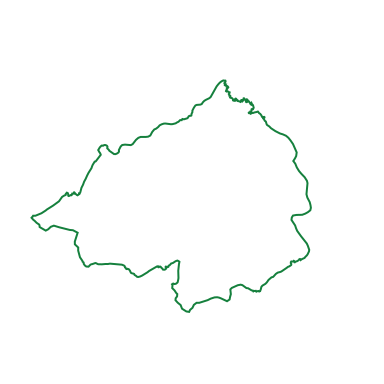 outline of Beng, Oudômxai, Laos, rotated 207°
{"feature_id": "54806243B47221121067222", "entity_name": "Beng", "entity_type": "district", "adm_level": 2, "iso_a3": "LAO", "parent_name": "Laos", "parent_adm1": "Oudômxai", "projection": "orthographic", "projection_center": [101.752, 20.343], "detail": "fine", "context": "isolated", "style": "outline", "palette": "green", "viewbox_px": 384, "rotation_deg": 207, "n_neighbors": 0, "source": "geoboundaries", "source_scale": "gbopen_adm2", "svg_char_len": 5982}
<svg xmlns="http://www.w3.org/2000/svg" viewBox="0 0 384 384"><g transform="rotate(207 192 192)"><path d="M306.3,123.3L309.6,116.8L313.3,110.6L314.0,109.0L316.5,104.7L320.8,99.7L322.8,98.7L322.8,97.4L323.2,96.8L323.3,96.2L320.8,95.2L319.2,94.9L316.5,94.0L313.4,93.6L312.8,93.1L311.8,91.6L304.8,91.2L303.2,93.5L302.0,96.9L299.8,99.3L294.2,100.3L283.7,102.7L280.7,103.9L275.4,103.8L273.9,94.6L272.6,92.2L268.2,90.9L266.8,88.1L262.2,83.0L258.4,80.9L257.8,80.2L256.6,80.0L255.8,78.8L254.1,77.9L252.4,77.6L250.3,78.5L249.5,81.1L248.9,81.9L248.2,82.4L245.9,84.8L245.2,85.0L243.2,85.0L242.4,85.2L239.4,86.7L236.7,88.4L234.3,89.6L232.6,90.9L221.5,95.4L219.3,95.6L218.2,95.3L217.5,94.4L217.0,94.5L215.7,93.6L215.3,93.6L214.9,93.8L214.6,94.3L213.3,94.5L211.7,93.8L209.8,92.3L208.3,92.3L207.6,92.6L206.7,92.7L206.3,92.7L205.5,92.0L203.8,91.9L202.5,91.5L201.4,91.8L199.9,93.1L198.5,94.9L195.2,100.3L194.4,102.1L189.4,109.8L188.7,110.3L188.4,109.8L187.8,109.7L187.4,109.9L186.7,111.1L185.9,111.1L184.7,110.5L183.8,110.4L182.8,109.7L182.4,109.7L181.0,110.4L180.2,112.1L180.4,112.7L181.5,113.2L181.4,113.7L180.0,113.9L179.2,114.4L179.1,114.7L179.4,115.2L179.3,115.9L178.7,116.6L178.2,118.4L178.2,118.7L176.7,120.2L175.5,122.4L174.7,123.5L173.8,124.3L172.5,124.3L171.5,124.1L170.9,121.9L168.5,115.6L165.0,109.2L164.4,107.4L163.8,104.9L164.5,103.2L165.0,102.7L165.7,102.1L166.5,101.9L166.9,102.0L167.3,101.8L167.9,100.7L167.1,100.2L166.0,97.4L162.9,96.4L160.3,94.9L158.8,94.4L157.9,92.2L158.3,89.9L157.6,88.1L154.5,86.9L150.8,86.1L147.9,83.5L142.8,83.0L140.1,83.9L140.2,86.1L139.0,89.0L139.1,92.3L137.6,95.4L135.2,96.6L128.9,102.8L126.9,105.5L124.1,108.3L121.7,109.7L119.8,110.2L117.7,110.4L111.2,110.6L109.7,113.3L110.4,115.6L111.0,118.6L113.6,122.6L113.0,124.6L108.9,129.7L106.6,131.5L104.8,131.9L99.9,131.1L98.3,131.7L94.3,131.4L93.1,131.7L92.3,131.3L92.0,132.0L91.3,132.2L90.3,132.9L89.6,132.4L89.4,132.4L88.9,133.2L87.7,134.0L87.3,133.8L87.0,133.8L86.3,134.6L86.6,136.9L87.1,138.9L86.9,140.0L86.6,140.8L84.9,143.5L84.3,145.4L83.9,148.4L82.4,152.1L81.3,153.0L81.0,153.7L80.1,157.1L79.0,159.1L77.2,160.7L76.3,161.7L73.3,167.2L72.5,168.9L71.7,169.7L70.8,171.3L70.5,172.0L70.8,172.9L71.7,173.5L72.1,174.4L72.0,175.2L71.6,175.4L70.9,175.6L70.3,176.1L70.1,176.9L69.8,176.9L68.8,175.9L68.5,176.0L68.1,177.0L67.1,177.9L66.2,179.3L65.9,180.0L65.8,180.9L65.2,180.9L64.9,181.4L64.6,181.4L64.2,180.9L63.5,182.2L61.8,184.3L61.6,185.5L60.9,187.6L60.7,188.9L60.8,192.2L61.3,193.7L64.3,196.6L66.3,198.2L74.8,202.1L80.6,205.1L82.8,206.9L84.9,209.0L90.7,212.3L91.5,214.6L91.3,216.9L88.5,219.0L83.5,221.7L81.3,224.1L79.6,226.6L78.3,229.4L78.9,231.9L80.4,234.0L82.5,236.4L86.7,239.4L89.0,242.0L93.1,252.3L94.6,254.1L98.3,256.3L102.9,257.9L106.2,259.3L109.8,261.5L112.8,264.1L115.8,265.6L115.5,268.9L115.5,271.3L116.7,274.8L123.8,280.6L127.9,282.8L130.8,284.1L133.8,284.8L137.3,284.6L140.1,284.1L145.3,284.1L150.6,284.7L152.9,285.5L155.5,285.8L156.2,286.2L158.2,288.3L159.5,288.5L161.6,290.0L162.1,289.9L162.2,290.1L161.5,290.6L161.2,291.2L161.4,291.6L161.8,291.7L163.3,290.7L163.9,290.8L164.8,291.7L166.7,292.6L168.0,292.7L169.7,293.6L170.2,293.3L170.6,292.7L172.4,291.3L173.4,290.2L174.3,289.7L175.3,288.3L176.1,288.5L177.1,288.1L177.4,288.3L177.3,288.8L176.6,289.2L176.4,289.6L176.6,290.1L175.8,290.6L175.7,291.0L176.5,292.7L176.2,293.2L175.4,293.2L175.2,293.4L175.3,295.1L177.0,297.0L178.7,297.7L179.3,298.2L179.3,297.8L178.6,296.9L178.6,296.7L179.0,296.7L180.0,297.0L180.4,297.3L180.6,297.9L180.8,298.0L181.6,298.0L182.0,298.2L182.4,298.6L182.9,298.6L183.2,298.5L183.9,297.0L184.4,296.7L185.0,296.9L185.3,297.5L185.2,298.5L184.8,298.8L184.1,298.7L183.9,299.0L184.6,299.4L185.3,299.5L186.6,298.2L188.1,299.1L188.5,298.9L188.0,296.6L188.2,296.0L188.6,296.5L189.2,296.7L189.7,296.4L189.9,296.0L189.6,295.4L189.5,294.6L189.7,294.2L191.0,294.3L192.5,293.8L192.9,293.9L193.0,294.4L193.2,294.5L193.7,294.3L194.8,295.0L195.3,295.1L195.6,295.0L196.1,293.5L195.9,293.3L195.0,293.3L194.8,293.1L195.1,292.7L196.7,292.2L197.1,292.3L197.7,293.2L198.2,293.6L199.1,293.8L200.7,293.4L201.0,293.5L201.0,294.3L201.3,294.9L201.7,295.1L202.5,294.8L202.8,295.5L203.7,296.0L203.5,297.4L203.7,297.9L204.7,297.7L205.7,297.9L206.0,297.9L206.7,297.2L207.5,297.3L207.7,298.2L207.5,299.6L208.0,300.0L208.2,300.4L207.3,301.0L207.2,301.3L207.2,301.8L207.9,302.2L208.6,302.4L209.9,302.0L211.3,302.1L211.4,302.4L210.9,302.9L210.8,303.3L211.7,303.2L212.4,303.4L212.6,303.8L212.2,305.0L212.3,305.8L212.8,306.4L213.0,306.4L214.3,305.6L214.8,305.6L216.0,303.9L216.9,302.0L217.5,299.8L218.0,297.3L218.5,285.1L219.2,283.4L221.4,280.5L222.4,278.9L223.0,277.0L223.3,274.7L224.3,273.6L227.4,271.7L228.2,270.7L228.4,269.7L228.6,267.7L228.6,264.7L227.9,263.3L227.9,261.5L227.3,259.9L227.6,259.4L228.7,258.8L229.3,258.0L229.4,256.2L229.7,255.5L232.2,253.1L233.7,252.7L233.8,251.3L235.2,250.7L235.9,248.5L237.0,247.1L237.7,245.8L240.2,243.6L241.6,242.8L246.9,240.9L248.2,240.1L249.8,238.5L251.1,236.7L251.6,234.6L252.7,232.2L254.0,230.6L254.7,227.5L254.8,223.4L256.2,221.4L258.3,220.0L262.8,217.7L264.4,215.9L265.6,213.0L266.6,207.7L267.8,206.0L273.2,203.8L275.5,202.2L276.2,200.2L276.2,197.8L276.2,196.2L275.4,194.8L275.5,193.7L276.4,192.1L277.4,191.0L278.7,190.4L284.3,191.2L285.5,191.9L287.3,192.4L287.6,192.9L287.7,193.7L288.1,194.2L288.9,194.6L290.0,194.6L290.8,194.4L291.6,193.9L292.1,193.0L292.5,192.7L293.3,192.6L293.8,191.9L294.4,189.9L294.6,186.8L292.7,185.5L291.8,185.1L290.5,184.1L290.2,183.7L291.6,176.0L291.8,175.4L292.5,174.9L292.8,171.1L292.7,169.6L292.4,167.6L292.9,162.1L292.9,159.0L292.7,155.3L292.8,152.2L292.4,149.1L292.4,145.6L291.4,141.0L291.4,139.6L291.4,139.4L292.0,139.4L291.8,138.4L292.5,137.1L293.5,137.1L294.4,137.4L295.2,137.4L296.2,138.1L296.9,138.2L297.0,137.9L296.6,136.8L298.0,136.2L297.8,134.7L297.9,134.4L298.7,134.2L299.5,132.9L300.1,132.4L300.6,132.5L301.1,133.5L302.1,134.6L303.2,134.6L303.6,133.0L303.2,132.3L303.3,131.8L304.0,131.2L305.5,128.7L306.3,123.3Z" fill="none" stroke="#15803d" stroke-width="2"/></g></svg>